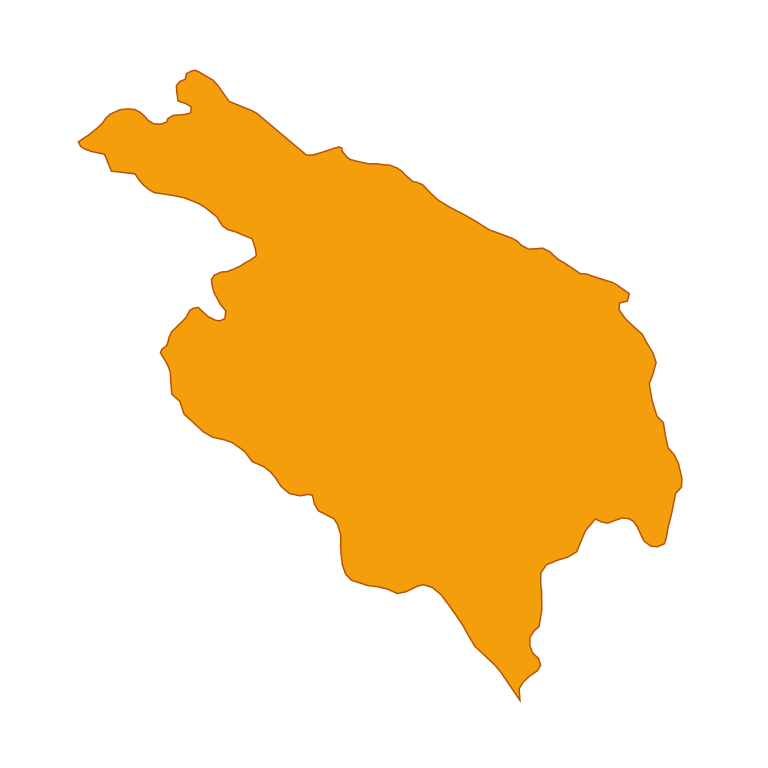 outline of Sebauh, Sarawak, Malaysia, rotated 267°
{"feature_id": "92858781B11810319562085", "entity_name": "Sebauh", "entity_type": "district", "adm_level": 2, "iso_a3": "MYS", "parent_name": "Malaysia", "parent_adm1": "Sarawak", "projection": "robinson", "projection_center": [113.621, 3.14], "detail": "fine", "context": "isolated", "style": "filled", "palette": "amber", "viewbox_px": 768, "rotation_deg": 267, "n_neighbors": 0, "source": "geoboundaries", "source_scale": "gbopen_adm2", "svg_char_len": 3303}
<svg xmlns="http://www.w3.org/2000/svg" viewBox="0 0 768 768"><g transform="rotate(267 384 384)"><path d="M473.7,616.8L480.4,598.6L483.2,592.3L483.9,585.9L495.6,570.3L498.8,565.1L503.3,560.4L507.2,556.8L511.4,549.6L511.1,543.6L511.1,535.6L515.0,528.8L519.2,524.9L522.4,520.5L525.9,512.5L529.4,504.5L532.2,497.7L536.8,490.9L540.0,486.6L544.2,480.2L549.9,471.4L553.0,465.8L556.9,459.4L560.8,453.5L565.0,447.5L570.7,441.9L575.2,437.9L580.9,433.1L583.7,427.5L584.8,423.1L587.6,420.4L591.8,416.0L595.7,412.8L599.2,408.0L602.4,400.8L602.7,396.4L603.8,390.8L604.5,385.7L604.5,381.3L607.0,371.3L610.1,361.7L612.2,359.3L615.1,357.0L618.6,354.6L621.8,354.2L623.2,351.4L622.1,347.0L620.7,341.8L619.3,336.6L617.9,331.4L616.5,325.4L616.5,318.7L660.9,271.2L664.1,266.0L674.3,244.1L690.8,233.7L696.5,229.0L697.8,226.9L699.3,224.6L704.9,216.2L707.1,212.2L706.7,208.2L704.2,203.0L698.6,201.4L696.8,195.9L692.9,192.3L687.0,192.3L677.4,193.1L674.6,200.3L670.7,206.2L664.8,205.0L663.7,199.5L663.3,191.9L663.3,187.5L660.2,181.9L657.0,180.7L655.2,174.7L655.9,167.6L659.8,162.0L663.7,159.2L668.3,154.4L671.1,149.6L672.1,143.2L671.8,134.9L667.9,124.9L664.4,120.5L658.8,116.1L654.9,111.4L651.0,106.2L648.2,102.2L641.8,91.4L640.8,91.9L637.3,93.4L634.4,97.4L631.6,103.8L628.1,116.9L610.8,122.9L606.9,146.4L601.3,149.6L595.0,154.4L591.1,158.8L587.2,164.4L585.4,173.5L582.6,186.3L580.5,193.9L577.0,201.8L574.2,207.8L570.3,213.8L565.4,219.4L559.7,225.8L554.4,228.6L549.9,231.4L546.3,236.1L543.5,244.1L537.9,255.7L536.1,259.7L531.2,261.3L524.1,262.8L518.8,263.2L514.6,256.9L512.5,252.1L509.3,246.5L506.5,239.7L504.4,232.9L504.4,227.8L501.6,220.2L497.0,217.0L489.9,217.8L484.3,219.0L472.3,224.6L465.3,229.8L457.9,228.6L457.2,227.4L455.7,223.4L456.4,219.4L460.7,211.4L463.1,209.4L467.0,205.4L470.2,202.6L469.8,198.3L467.7,193.9L461.0,189.9L456.4,185.1L452.9,181.1L447.3,174.7L441.3,171.5L437.1,170.4L433.5,168.8L430.4,164.0L426.8,162.4L422.3,164.8L417.3,167.6L412.4,169.6L406.8,171.2L398.3,171.2L384.9,171.5L377.5,179.1L364.5,182.7L345.4,201.4L339.8,210.2L336.3,222.6L333.4,229.4L328.5,235.7L323.9,241.3L313.3,248.5L307.7,259.7L302.1,266.0L296.4,270.4L286.9,276.0L279.5,284.0L276.7,294.7L277.7,302.3L276.7,306.7L267.5,308.3L260.8,311.9L252.0,327.0L246.4,330.2L235.4,333.0L224.2,332.2L217.1,332.2L205.8,333.0L196.0,335.8L189.6,341.4L183.6,357.3L181.9,366.9L179.0,376.9L174.1,386.1L175.2,394.4L177.6,400.4L180.4,406.8L181.5,412.8L178.3,421.6L170.6,429.9L161.1,436.3L151.2,442.7L138.5,450.3L130.0,454.3L117.3,461.0L108.2,469.8L97.3,480.2L89.8,485.8L60.9,503.2L72.5,503.0L79.0,507.3L84.7,514.2L89.6,522.1L95.0,525.7L101.8,523.9L107.7,518.3L115.1,516.0L123.5,516.5L129.6,521.1L133.8,526.2L150.3,529.8L169.7,530.5L176.0,530.0L187.1,530.8L195.0,536.7L199.3,549.2L201.3,557.9L206.3,567.6L227.0,577.5L238.1,588.0L234.9,593.9L233.3,600.2L235.8,607.9L237.8,615.0L236.7,621.4L233.8,625.8L227.9,629.6L221.1,632.2L213.5,635.5L208.1,641.9L207.2,648.5L209.6,655.4L215.1,657.7L225.2,660.0L240.1,664.6L259.3,669.4L265.4,675.6L273.9,676.6L289.5,673.8L298.5,669.9L305.3,664.3L317.9,662.3L330.8,661.0L337.6,654.9L353.8,650.8L370.8,648.9L379.2,652.9L391.2,656.9L401.1,654.1L409.9,649.3L420.1,644.5L429.3,635.3L436.4,628.6L445.9,622.6L452.6,623.4L454.0,631.4L461.4,633.7L471.6,620.6L473.7,616.8Z" fill="#f59e0b" stroke="#b45309" stroke-width="1.5"/></g></svg>